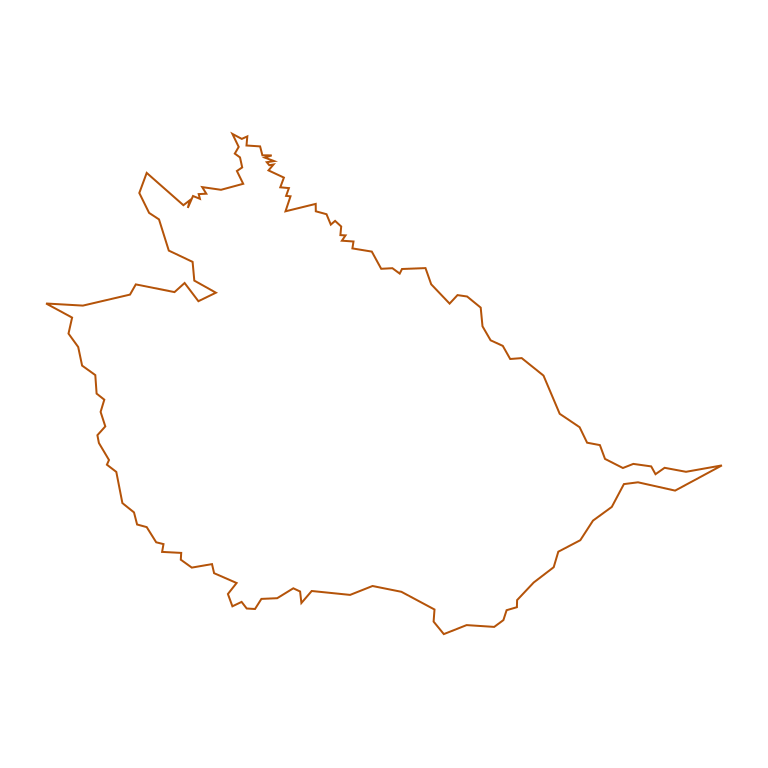 Maní, Casanare, Colombia (Mercator projection)
{"feature_id": "7082276B29021161154313", "entity_name": "Maní", "entity_type": "district", "adm_level": 2, "iso_a3": "COL", "parent_name": "Colombia", "parent_adm1": "Casanare", "projection": "mercator", "projection_center": [-72.273, 4.724], "detail": "medium", "context": "isolated", "style": "outline", "palette": "amber", "viewbox_px": 768, "rotation_deg": 0, "n_neighbors": 0, "source": "geoboundaries", "source_scale": "gbopen_adm2", "svg_char_len": 1905}
<svg xmlns="http://www.w3.org/2000/svg" viewBox="0 0 768 768"><path d="M433.6,621.6L443.8,634.1L466.6,625.1L494.2,626.9L503.4,620.1L506.6,610.2L516.9,607.2L517.1,600.1L533.7,582.5L553.7,567.2L558.3,551.7L580.3,540.2L593.0,520.6L611.8,506.9L623.9,484.1L638.0,482.3L675.1,490.6L721.9,465.4L686.0,471.8L664.6,467.8L655.5,474.2L651.2,466.4L633.3,463.9L622.9,468.0L605.0,458.9L599.9,445.1L587.1,442.7L579.6,427.2L559.7,413.8L543.5,375.6L521.7,358.1L510.2,359.0L502.8,345.9L490.6,340.3L482.5,326.3L480.7,307.6L467.1,296.5L457.5,295.1L449.6,303.6L431.2,284.3L425.5,268.1L402.0,269.0L399.7,273.6L392.4,268.2L381.2,268.8L371.8,251.6L352.4,248.4L353.5,241.5L341.9,240.7L345.5,235.4L340.4,235.1L341.2,226.5L335.1,220.9L330.8,224.6L326.5,214.2L315.8,211.3L315.7,203.9L285.5,211.3L290.5,196.3L286.1,195.9L288.9,188.1L280.3,187.3L283.9,177.6L268.5,170.4L273.5,164.5L269.3,165.2L266.8,162.2L274.1,161.1L264.8,157.6L271.7,155.4L262.4,155.3L260.1,146.4L246.5,145.5L247.3,136.4L241.8,138.9L232.4,133.9L238.7,146.9L234.8,153.6L240.0,157.4L242.2,167.4L236.9,171.0L243.2,183.8L221.0,189.8L202.2,187.1L206.3,193.7L198.7,194.1L199.9,198.8L193.0,196.0L187.8,207.9L189.9,200.2L183.4,205.2L146.7,172.9L139.3,193.0L149.1,212.9L159.0,219.4L168.8,250.6L192.6,261.9L194.3,280.6L215.9,292.7L198.4,301.2L184.6,283.0L174.5,292.1L135.8,284.4L130.0,294.6L82.9,305.6L46.1,303.5L72.1,317.6L68.5,333.6L78.2,347.0L82.1,365.6L95.3,375.1L96.6,393.6L104.3,399.7L100.6,411.9L105.3,426.4L97.4,435.2L98.9,443.0L109.0,460.0L106.9,464.7L116.3,471.9L122.4,503.1L134.0,512.4L137.1,524.5L146.7,527.1L156.2,542.3L163.5,544.1L162.1,551.9L181.2,552.9L180.8,559.7L191.8,567.6L212.0,564.1L214.1,573.2L236.6,583.0L227.9,594.0L232.4,606.3L241.6,601.9L246.7,608.5L255.0,609.0L261.4,598.9L277.2,598.2L293.3,588.3L300.1,591.5L301.4,603.0L311.7,591.0L350.1,594.9L372.5,586.0L401.4,591.8L434.5,609.5L433.6,621.6Z" fill="none" stroke="#b45309" stroke-width="2"/></svg>